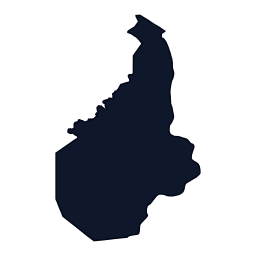 Nebaj, Quiché, Guatemala (Mercator projection)
{"feature_id": "79465075B6718623285372", "entity_name": "Nebaj", "entity_type": "district", "adm_level": 2, "iso_a3": "GTM", "parent_name": "Guatemala", "parent_adm1": "Quiché", "projection": "mercator", "projection_center": [-91.192, 15.606], "detail": "fine", "context": "isolated", "style": "filled", "palette": "ink", "viewbox_px": 256, "rotation_deg": 0, "n_neighbors": 0, "source": "geoboundaries", "source_scale": "gbopen_adm2", "svg_char_len": 5748}
<svg xmlns="http://www.w3.org/2000/svg" viewBox="0 0 256 256"><path d="M127.1,237.1L128.3,236.0L130.4,235.2L132.3,234.9L133.3,234.7L137.7,234.0L138.3,233.6L138.6,233.2L139.1,231.5L139.6,224.9L141.1,222.7L144.6,219.1L145.6,218.0L146.5,217.0L147.2,215.9L147.4,215.4L146.6,213.7L146.5,213.4L146.1,211.5L146.3,208.9L147.0,206.4L147.4,205.6L148.4,204.7L149.6,204.0L150.8,202.8L152.5,200.6L154.2,198.5L155.3,197.0L156.5,195.7L157.6,194.8L159.0,194.1L161.3,193.9L163.8,194.2L167.8,195.6L171.7,195.8L173.7,195.6L175.1,195.3L176.5,195.0L178.4,194.5L179.8,194.0L181.0,193.2L182.2,192.4L182.6,191.9L183.0,191.4L183.9,189.2L184.7,184.9L185.1,184.3L185.5,183.6L186.1,182.9L187.2,182.2L190.2,180.5L192.4,179.1L195.9,177.1L196.7,176.5L197.4,175.8L199.1,174.3L199.4,173.9L199.8,173.3L199.9,172.0L199.7,169.1L199.0,165.9L197.9,164.0L195.8,162.5L193.5,161.2L191.3,159.3L191.1,158.5L191.2,155.3L192.3,151.7L193.8,147.2L193.8,146.0L193.5,145.2L193.2,144.9L192.7,144.4L190.6,143.6L188.2,140.8L187.7,140.1L186.3,139.1L182.0,137.9L180.6,137.3L178.0,136.7L174.4,136.6L171.1,135.0L170.2,134.2L169.3,132.5L168.9,130.6L169.2,125.8L169.9,124.3L170.8,123.3L171.9,121.4L173.1,118.6L173.4,117.0L173.4,115.8L173.0,113.8L172.1,108.9L171.8,107.6L171.4,106.1L170.5,103.8L170.2,97.1L169.8,92.7L169.8,90.6L170.2,87.5L170.4,86.4L170.6,84.8L171.2,81.8L171.7,80.3L172.7,78.2L173.1,76.7L173.4,75.3L173.6,73.3L173.4,71.7L172.7,69.5L172.2,67.3L172.2,62.5L171.8,60.1L171.7,59.2L170.7,56.0L170.3,54.0L169.5,51.7L168.9,50.1L168.3,47.9L167.1,45.0L166.1,42.7L165.4,41.4L163.5,38.8L163.3,38.7L161.2,37.9L161.3,34.5L161.5,33.4L164.1,31.7L164.7,31.2L159.1,27.3L157.5,26.4L152.5,23.4L148.8,20.8L144.9,18.4L143.7,17.7L140.4,15.6L140.0,15.4L139.6,15.4L136.1,15.6L136.1,16.1L136.8,17.7L138.4,20.8L138.5,21.2L138.5,21.6L138.5,21.9L134.8,27.0L132.0,28.7L130.2,29.8L128.7,30.8L128.1,31.3L128.0,31.6L127.9,32.3L131.3,33.6L132.0,34.0L133.8,35.3L134.0,35.5L136.0,36.6L137.8,38.2L139.1,39.6L142.2,43.7L139.2,47.6L137.9,49.6L135.0,53.6L133.5,55.8L133.4,73.2L133.2,73.7L132.8,74.1L132.4,74.5L132.0,74.7L129.6,74.7L129.1,74.9L128.8,75.1L128.5,75.4L128.5,75.8L128.5,76.5L128.7,77.0L129.8,79.4L129.9,80.0L129.9,81.3L129.7,81.6L129.4,81.9L128.9,82.2L124.1,83.5L123.1,83.9L120.8,84.6L120.0,86.0L119.4,87.1L119.2,87.7L118.9,88.0L118.8,88.5L118.7,88.7L118.6,89.0L118.4,89.1L118.0,89.3L117.7,89.6L117.4,89.9L117.1,90.4L116.7,91.1L116.5,91.4L116.0,91.4L115.7,91.3L115.4,91.2L115.0,91.3L114.9,91.6L114.8,92.0L114.8,92.3L114.6,92.6L114.1,92.9L113.4,93.3L113.1,93.5L112.8,93.8L112.7,94.4L112.8,94.7L113.0,95.0L113.2,95.6L113.0,95.9L113.0,96.2L113.0,96.4L113.1,96.7L113.4,96.9L113.8,97.1L114.0,97.3L114.1,97.6L113.9,97.9L113.3,98.1L112.5,98.2L112.2,98.4L111.7,98.5L111.4,98.5L110.9,98.7L110.7,98.6L110.2,98.3L110.0,98.2L109.4,98.2L109.2,98.3L108.9,98.4L108.7,98.6L108.7,98.8L108.9,99.2L108.9,99.5L108.9,99.8L108.7,100.1L108.3,100.1L108.0,99.9L107.5,99.7L107.2,99.6L106.7,99.9L106.7,100.5L106.7,100.8L106.4,101.1L106.1,100.9L105.6,100.3L105.2,100.2L104.7,100.4L104.1,100.8L103.8,100.9L103.4,101.0L103.2,101.2L103.1,101.5L103.0,101.9L103.0,102.3L103.3,102.7L103.5,102.9L103.9,103.1L104.3,103.2L104.6,103.3L105.0,103.4L105.3,103.5L105.5,103.9L105.5,104.1L105.4,104.5L105.2,104.8L105.2,105.2L105.3,105.6L105.4,105.8L105.5,106.2L105.6,106.7L105.6,107.1L105.7,107.5L105.9,107.7L106.2,108.1L106.5,108.4L106.4,108.6L106.2,108.9L105.9,109.2L105.7,109.3L105.4,109.4L105.0,109.4L104.6,109.1L104.2,108.7L103.8,108.3L103.4,108.0L103.1,107.8L102.8,107.6L102.4,107.5L102.1,107.3L101.9,107.0L101.7,106.5L101.6,106.3L101.3,106.1L100.7,106.2L100.3,106.3L100.0,106.3L99.7,106.1L99.4,105.9L99.0,105.8L98.7,105.9L98.5,106.1L97.2,107.4L97.1,107.8L97.1,108.1L97.2,108.4L97.3,109.7L97.3,110.0L97.5,110.3L97.8,110.7L98.3,111.4L97.9,111.7L97.6,111.9L97.4,112.2L97.2,112.6L96.6,113.3L96.2,113.7L96.0,113.9L95.8,114.2L95.8,114.4L96.1,114.8L96.6,114.9L97.3,115.0L97.5,115.2L97.5,115.5L97.3,116.1L97.1,116.3L96.5,116.4L96.1,116.5L95.8,116.8L95.7,117.0L95.5,117.3L95.3,117.5L95.1,117.7L94.8,117.9L94.4,118.2L94.2,118.5L93.9,118.7L93.5,118.9L93.1,118.9L92.7,119.0L92.6,119.3L92.4,119.6L92.1,119.7L91.8,119.6L91.5,119.3L91.2,119.1L90.9,119.0L90.6,119.1L90.4,119.4L89.9,119.5L89.5,119.4L89.2,119.3L88.8,119.1L88.5,119.3L88.5,119.6L88.5,120.0L88.4,120.4L88.3,120.7L87.9,120.8L87.6,121.0L87.3,121.3L87.1,121.5L86.7,121.6L86.4,121.6L86.1,121.6L85.7,121.9L85.4,122.0L85.1,122.1L84.7,122.1L84.3,121.9L84.1,121.8L83.6,121.6L83.3,121.4L83.0,121.2L82.6,120.8L82.3,120.7L81.8,120.7L81.4,120.7L81.0,120.6L80.7,120.4L80.3,120.1L80.1,120.0L79.8,119.9L79.3,119.8L78.8,119.9L78.5,120.2L78.5,120.7L78.5,120.9L78.6,121.2L78.6,121.5L78.3,121.7L77.6,121.6L77.2,121.8L76.9,122.2L76.9,122.7L76.9,123.0L76.7,123.3L76.2,123.2L75.9,122.9L75.6,122.6L75.3,122.4L75.1,122.6L74.8,123.0L74.6,123.3L74.4,123.5L74.3,123.8L74.2,124.2L74.2,124.5L74.2,124.9L74.3,125.4L74.2,127.7L74.2,128.0L74.0,128.4L73.7,128.6L73.1,128.8L72.7,129.0L72.4,129.2L72.1,129.3L71.8,129.4L71.5,129.3L71.0,129.1L70.8,129.0L70.6,128.9L70.2,128.8L69.8,129.1L69.5,129.3L69.2,129.3L68.8,129.1L68.6,129.1L68.4,129.4L68.3,129.8L68.1,130.7L68.1,131.4L68.0,131.9L68.2,132.4L68.7,132.6L70.0,133.2L70.4,133.3L70.7,133.3L71.0,133.3L71.4,133.3L71.7,133.3L72.1,133.2L72.3,133.1L72.9,133.1L73.3,133.3L73.7,133.7L73.9,133.9L74.3,134.0L74.6,134.1L74.7,134.4L74.9,134.6L75.1,134.8L75.8,135.2L76.1,135.3L76.7,135.4L77.0,135.5L78.1,137.7L78.1,138.1L78.0,138.3L77.4,138.6L76.9,138.8L76.3,139.1L75.5,139.8L74.7,140.2L60.9,149.8L56.1,153.1L56.1,162.0L56.1,198.9L56.4,199.9L56.8,200.7L57.2,201.5L57.6,202.6L58.8,205.8L59.1,206.6L61.1,211.3L61.6,212.5L63.0,216.2L69.4,221.3L75.8,226.3L87.5,235.7L94.0,240.6L98.5,240.2L100.4,240.0L101.7,239.9L112.1,238.7L113.5,238.5L127.1,237.1Z" fill="#0f172a" stroke="#020617" stroke-width="1.5"/></svg>